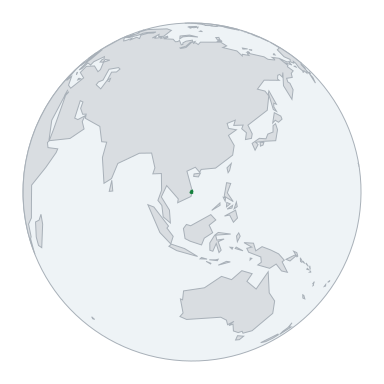 the Earth from above Phú Yên, rotated 12°
{"feature_id": "VNM-482", "entity_name": "Phú Yên", "entity_type": "Province", "adm_level": 1, "iso_a3": "VNM", "parent_name": "Vietnam", "parent_adm1": "", "projection": "orthographic", "projection_center": [109.224, 13.226], "detail": "fine", "context": "on_globe", "style": "filled", "palette": "green", "viewbox_px": 384, "rotation_deg": 12, "n_neighbors": 0, "source": "natural_earth", "source_scale": "10m", "svg_char_len": 10167}
<svg xmlns="http://www.w3.org/2000/svg" viewBox="0 0 384 384"><g transform="rotate(12 192 192)"><circle cx="192" cy="192" r="169" fill="#eef3f6" stroke="#a8b0b8"/><path d="M345.3,249.8L345.0,250.9L344.9,251.1L345.3,249.8ZM271.9,43.1L271.9,43.9L277.5,47.7L271.9,44.5L286.4,54.8L290.1,59.8L282.5,52.1L279.0,49.8L279.8,51.9L276.5,50.2L274.9,50.4L270.8,48.2L266.7,44.5L264.0,43.2L264.7,44.8L261.0,44.2L260.4,41.9L254.0,40.6L245.9,35.2L247.5,32.8L239.5,30.0L237.2,29.2L249.1,33.0L260.7,37.6L271.9,43.1ZM350.1,132.3L349.9,131.9L349.9,132.0L350.1,132.3ZM349.3,130.4L349.7,131.5L349.4,130.7L349.3,130.4ZM349.2,130.3L349.3,130.4L349.3,130.6L349.2,130.3ZM349.2,130.6L349.2,130.2L349.2,130.4L349.2,130.6ZM348.7,129.9L348.6,129.6L348.4,128.9L348.7,129.9ZM282.4,51.1L281.5,50.0L283.5,51.8L282.4,51.1ZM275.4,50.8L276.7,51.7L275.4,51.5L275.4,50.8ZM267.9,48.2L265.3,47.7L267.2,47.5L267.9,48.2ZM263.3,47.0L257.1,46.4L259.5,48.3L249.3,43.1L257.9,45.0L259.9,44.3L260.8,45.7L263.3,47.0ZM231.4,27.7L232.1,27.9L225.9,26.5L223.6,26.0L231.4,27.7ZM244.6,40.5L242.5,40.0L243.9,39.8L244.6,40.5ZM235.7,28.8L235.2,28.8L230.0,27.6L229.1,27.5L225.8,26.5L235.7,28.8ZM209.5,23.9L209.1,23.9L209.5,23.9ZM222.4,25.9L220.4,25.5L223.5,26.2L219.8,25.6L218.3,25.2L217.3,25.1L216.2,25.0L216.3,24.8L222.4,25.9ZM208.4,23.8L206.0,23.6L208.4,23.8ZM213.4,24.4L213.0,24.4L210.1,24.1L210.8,24.1L213.1,24.4L213.4,24.4ZM217.8,25.5L223.9,26.5L224.0,26.6L217.8,25.5ZM206.6,23.7L207.4,23.9L206.1,23.7L206.6,23.7ZM214.2,24.9L216.3,25.1L214.2,24.9ZM207.2,24.0L206.2,23.8L207.9,23.9L207.2,24.0ZM210.3,24.4L209.9,24.5L209.1,24.1L211.2,24.5L210.3,24.4ZM213.9,24.9L214.6,25.1L213.0,24.8L213.9,24.9ZM201.5,24.0L200.1,23.5L203.8,23.6L204.6,24.0L201.5,24.0ZM59.7,86.9L59.6,87.0L58.2,88.9L53.3,95.6L46.1,109.0L50.2,104.1L49.0,113.2L51.8,115.7L62.3,102.9L57.9,98.3L62.5,91.1L70.4,89.0L75.0,93.9L77.0,91.3L78.5,83.4L84.2,80.1L79.6,80.4L78.0,83.5L75.1,84.0L76.4,81.3L78.3,80.0L78.2,77.8L68.9,84.9L66.4,88.8L63.3,87.5L58.7,94.1L56.2,96.1L63.0,85.8L65.9,82.7L74.7,71.4L71.5,74.3L62.9,85.5L63.5,84.1L59.0,89.1L62.9,84.2L73.2,72.0L73.2,71.9L90.4,57.0L93.8,54.7L93.4,55.3L101.8,50.0L102.8,49.8L97.6,52.9L93.7,55.6L93.7,58.4L95.6,57.7L101.1,54.3L100.4,55.8L105.7,52.2L108.8,52.8L109.4,49.2L115.9,45.9L121.3,44.5L123.5,43.0L114.7,45.4L111.0,47.0L107.7,49.3L97.9,54.2L96.5,54.3L107.2,47.3L106.4,46.9L115.0,42.3L133.7,37.6L138.2,38.2L131.9,45.6L127.1,46.9L127.0,44.7L121.1,49.6L124.4,47.8L123.9,49.3L129.9,47.2L129.7,48.2L135.7,44.7L136.2,45.7L132.4,48.0L141.8,46.5L144.6,48.5L146.8,47.8L148.3,46.4L150.9,50.3L152.4,49.6L152.1,48.0L154.9,45.7L160.8,43.4L161.4,44.9L159.3,45.9L155.8,50.6L150.3,53.6L151.1,54.0L156.1,51.9L160.3,46.0L163.7,44.2L162.4,46.8L163.1,45.7L165.0,45.4L167.4,46.5L169.1,43.7L188.9,39.5L195.5,41.9L192.1,44.3L206.6,44.7L212.9,48.5L212.6,46.8L219.3,46.6L217.5,45.3L217.8,44.6L234.3,44.8L238.6,46.4L245.4,45.7L245.2,45.0L242.4,43.7L249.3,43.1L259.5,48.3L259.3,49.6L265.8,52.5L264.4,55.2L266.2,59.1L260.9,61.1L262.8,64.4L265.2,65.3L269.6,70.9L270.5,80.6L259.4,69.0L256.0,56.2L256.5,60.8L253.3,58.8L251.6,60.0L252.2,63.7L254.1,64.6L239.3,67.6L234.6,77.8L242.4,78.1L247.1,82.0L248.6,96.4L232.8,115.0L238.8,122.6L239.0,127.2L233.4,129.6L232.9,122.7L227.5,119.8L228.1,115.9L219.0,118.2L219.4,112.7L212.1,117.6L214.6,122.2L222.5,121.9L215.9,129.1L223.6,137.7L224.1,147.5L210.1,163.7L196.3,168.0L195.4,171.1L190.1,167.1L182.7,172.7L192.3,191.4L191.9,196.6L180.2,205.5L180.0,201.6L165.9,191.0L163.0,203.2L173.7,214.4L177.3,226.8L169.0,222.3L165.3,211.4L160.4,207.3L161.9,196.6L158.2,180.3L149.9,182.4L150.7,176.1L144.4,162.3L132.5,165.0L113.5,179.5L110.5,195.6L104.1,201.8L97.2,176.9L98.2,161.0L93.2,161.6L88.2,147.0L72.4,142.1L72.3,137.8L68.9,138.7L65.7,133.4L66.6,126.6L63.7,125.9L61.9,144.1L65.3,144.9L71.4,139.8L70.0,146.0L73.3,152.8L61.5,165.0L41.7,171.5L43.6,159.2L48.3,123.7L50.3,120.5L50.4,120.1L50.7,119.4L47.2,124.4L49.3,117.8L42.7,141.2L39.9,151.0L41.4,172.1L40.3,173.6L41.9,178.5L51.7,177.7L50.9,181.7L43.9,198.3L33.7,218.6L37.3,236.5L40.3,250.8L38.8,257.4L43.9,269.1L43.9,271.4L47.2,277.8L50.0,283.3L51.3,285.5L45.1,275.5L39.6,265.0L34.9,254.2L30.9,243.1L27.8,231.7L25.4,220.1L23.8,208.4L23.1,196.7L23.2,184.9L24.1,173.1L25.8,161.4L28.4,149.9L31.7,138.5L35.8,127.5L40.7,116.7L46.4,106.4L52.7,96.4L59.7,86.9ZM76.0,107.0L81.3,110.1L85.7,100.6L88.1,101.2L88.7,97.9L86.0,99.9L88.4,91.5L93.2,90.3L96.0,86.7L94.3,85.6L85.3,89.2L81.7,101.0L77.6,103.8L76.0,107.0ZM110.6,44.0L110.6,43.9L110.2,44.2L110.6,44.0ZM108.0,45.4L107.8,45.5L107.0,46.0L108.0,45.4ZM96.5,52.6L94.5,54.0L93.3,54.9L96.5,52.6ZM191.9,23.0L192.4,23.0L189.4,23.1L193.5,23.1L189.3,23.2L190.6,23.3L187.7,23.8L181.2,24.2L183.2,24.4L181.1,25.1L175.6,25.7L177.6,25.0L170.2,26.4L169.7,25.8L168.9,26.0L166.4,25.9L161.9,26.4L162.5,26.1L160.5,26.5L158.8,26.7L156.3,27.1L156.4,26.9L153.3,27.6L155.1,27.1L149.8,28.4L152.8,27.6L165.7,25.1L178.8,23.6L191.9,23.0ZM201.8,23.3L204.7,23.5L203.0,23.4L202.6,23.4L200.9,23.3L202.1,23.5L199.7,23.4L200.0,23.6L197.4,23.5L200.5,24.1L192.7,24.1L188.6,24.0L195.3,23.2L194.7,23.1L198.1,23.2L201.8,23.3ZM60.0,86.9L59.5,87.7L59.6,88.3L56.7,91.7L60.0,86.9ZM66.8,78.6L62.8,83.1L63.3,82.5L66.8,78.6ZM70.3,75.0L67.1,78.2L69.1,76.1L70.3,75.0ZM98.0,52.8L98.5,52.9L97.2,53.8L95.4,54.8L98.0,52.8ZM153.5,31.5L155.3,30.7L156.2,30.6L162.0,29.1L162.8,29.7L159.7,30.9L153.5,31.5ZM59.6,104.4L56.9,106.2L57.3,104.5L58.2,104.2L59.6,104.4ZM55.2,98.5L54.6,101.5L54.5,99.4L55.2,98.5ZM155.3,31.9L157.6,31.2L156.6,32.0L155.3,31.9ZM163.7,30.1L163.1,30.9L163.6,29.7L163.7,30.1ZM119.8,334.9L123.3,336.9L121.2,336.6L119.8,334.9ZM52.6,254.5L56.6,277.7L53.0,276.2L49.0,268.4L45.2,253.8L48.3,251.3L48.9,245.2L52.6,254.5ZM220.2,256.9L225.3,257.8L225.1,258.5L220.2,256.9ZM214.9,254.1L220.7,254.5L213.8,255.7L214.9,254.1ZM223.0,254.7L229.0,253.5L231.6,252.3L231.1,253.9L223.0,254.7ZM210.9,253.9L189.2,252.5L180.7,249.9L182.7,247.3L196.5,248.9L210.9,253.9ZM182.0,247.2L169.0,238.3L151.5,213.6L157.8,214.6L176.1,230.2L175.0,232.5L182.8,239.3L182.0,247.2ZM213.6,234.6L212.3,241.8L200.4,240.5L194.9,239.0L191.2,229.5L193.3,224.9L197.7,225.3L215.1,210.2L221.1,214.4L215.7,220.9L220.7,227.5L213.6,234.6ZM111.1,197.2L114.3,207.5L110.9,208.6L111.1,197.2ZM222.2,199.2L215.1,205.9L221.6,196.9L222.2,199.2ZM226.0,190.6L226.4,194.2L223.6,190.6L226.0,190.6ZM195.1,175.9L190.4,176.4L190.3,173.9L196.3,171.8L195.1,175.9ZM224.5,155.9L224.3,163.2L223.3,165.6L221.2,161.1L224.5,155.9ZM165.6,39.2L156.6,40.3L150.7,42.2L148.2,44.7L147.9,41.9L157.0,39.0L165.6,39.2ZM186.0,39.1L188.1,37.4L189.8,38.3L189.5,38.7L186.0,39.1ZM185.5,38.1L183.2,36.0L186.1,35.2L187.3,36.9L185.5,38.1ZM168.9,33.0L166.2,33.2L167.1,32.5L168.9,33.0ZM305.6,313.1L306.2,313.7L301.4,318.2L295.2,323.0L290.5,325.1L305.6,313.1ZM265.4,327.7L266.4,323.1L272.5,322.3L269.0,326.6L265.4,327.7ZM309.8,309.4L314.1,304.6L317.0,299.1L315.0,303.9L317.1,303.4L307.3,313.1L309.8,309.4ZM246.2,308.5L213.2,317.8L206.1,316.3L208.4,312.2L202.9,299.0L205.2,299.4L204.3,290.5L224.1,283.1L238.4,268.4L248.9,269.5L257.1,258.6L267.8,259.4L264.3,268.0L274.9,273.6L283.1,254.2L288.5,274.6L295.5,281.4L296.2,293.9L279.6,315.2L271.2,319.5L270.0,317.8L266.4,319.9L261.4,319.3L259.6,312.8L255.9,314.9L259.9,309.8L254.4,314.4L252.3,310.2L246.2,308.5ZM321.7,269.5L322.9,269.9L324.6,273.1L322.5,272.7L321.7,269.5ZM342.0,254.7L342.2,256.2L341.0,256.9L342.0,254.7ZM344.9,251.1L343.5,252.1L345.3,249.8L344.9,251.1ZM329.8,256.7L330.3,257.9L329.8,258.5L329.8,256.7ZM329.3,256.4L330.3,254.2L330.0,256.3L329.3,256.4ZM323.6,246.0L324.5,244.9L324.8,245.7L323.6,246.0ZM232.9,258.1L240.1,252.7L244.0,252.4L232.9,258.1ZM322.5,243.8L320.4,243.8L320.6,242.7L322.5,243.8ZM322.7,241.2L322.6,239.7L323.8,243.2L322.7,241.2ZM318.7,238.0L321.3,240.6L318.4,238.4L318.7,238.0ZM317.1,238.5L315.2,237.4L315.4,236.9L317.1,238.5ZM294.7,241.6L302.0,250.7L296.0,250.6L289.3,245.0L283.8,250.5L271.5,249.7L274.4,246.3L272.8,241.2L259.9,239.1L257.3,235.7L261.9,233.5L253.4,230.7L262.8,229.3L266.6,236.3L271.9,230.9L280.9,232.3L289.6,234.5L296.4,239.5L294.7,241.6ZM262.7,244.5L264.3,244.5L262.9,246.5L262.7,244.5ZM311.6,233.8L314.4,237.0L314.0,237.9L312.6,237.4L311.6,233.8ZM298.0,238.3L305.4,232.5L307.2,232.5L302.2,239.1L298.0,238.3ZM303.7,228.8L307.1,229.5L308.8,232.7L308.1,233.6L303.7,228.8ZM243.5,237.7L243.1,239.6L240.7,238.1L243.5,237.7ZM246.7,236.7L254.1,238.9L246.0,238.3L246.7,236.7ZM224.1,229.3L226.3,233.9L233.2,231.3L227.9,235.2L232.6,242.8L231.0,245.6L226.4,237.3L224.7,245.6L221.6,245.3L220.0,238.1L223.1,229.6L226.1,226.1L238.6,225.1L224.1,229.3ZM246.7,231.2L244.7,225.8L246.2,222.3L248.3,225.2L246.7,231.2ZM238.8,213.0L233.6,206.7L228.8,208.8L238.4,200.7L241.9,208.0L238.8,213.0ZM234.4,199.4L229.9,201.4L234.5,196.6L234.4,199.4ZM228.8,199.3L228.2,195.0L231.8,195.7L228.8,199.3ZM236.7,199.7L237.5,192.6L239.3,196.9L236.7,199.7ZM226.7,185.5L234.3,192.8L224.4,189.4L223.9,175.7L228.1,175.6L226.7,185.5ZM249.4,132.9L248.3,129.2L252.0,128.6L251.7,131.3L249.4,132.9ZM263.2,124.4L252.7,127.2L244.0,130.1L246.8,131.9L245.0,138.0L240.7,132.0L246.7,125.5L253.3,124.6L254.1,119.6L258.8,116.5L257.5,110.3L259.5,107.8L262.7,113.3L263.2,124.4ZM256.6,107.7L256.0,97.3L263.1,99.3L264.9,102.0L262.1,105.8L258.5,104.5L256.6,107.7ZM257.9,95.5L254.4,94.4L246.2,79.6L246.2,77.1L256.3,88.6L253.5,88.2L254.3,91.7L257.9,95.5ZM243.3,40.8L242.6,40.0L244.4,40.8L243.3,40.8ZM216.6,43.9L217.5,43.0L219.6,43.7L216.6,43.9ZM220.9,41.1L218.0,40.9L220.8,40.5L220.9,41.1ZM211.4,40.7L216.7,40.5L212.0,41.6L211.4,40.7Z" fill="#d9dde1" stroke="#a8b0b8" stroke-width="1"/><path d="M192.0,190.6L192.1,190.8L192.2,191.0L192.1,190.9L192.1,191.0L192.3,191.1L192.2,191.2L192.2,191.3L192.3,191.3L192.2,191.5L192.2,191.4L192.1,191.2L192.0,191.3L192.0,191.5L192.2,191.8L192.1,191.7L192.1,191.8L192.2,192.0L192.2,191.9L192.3,191.8L192.2,192.0L192.3,192.1L192.2,192.2L192.2,192.3L192.3,192.3L192.4,192.5L192.5,192.7L192.7,192.9L192.7,193.0L192.4,193.1L192.2,193.1L191.9,193.1L191.7,193.2L191.7,193.3L191.3,193.3L191.0,193.3L191.0,193.2L190.8,193.2L190.7,193.1L190.4,192.7L190.5,192.5L190.5,192.4L190.8,192.2L191.0,192.1L190.9,191.9L190.9,191.7L190.8,191.4L190.9,191.0L191.1,191.1L191.3,191.1L191.5,191.0L191.6,190.9L191.8,190.7L192.0,190.6L192.0,190.6Z" fill="#22c55e" stroke="#15803d" stroke-width="1.5"/></g></svg>